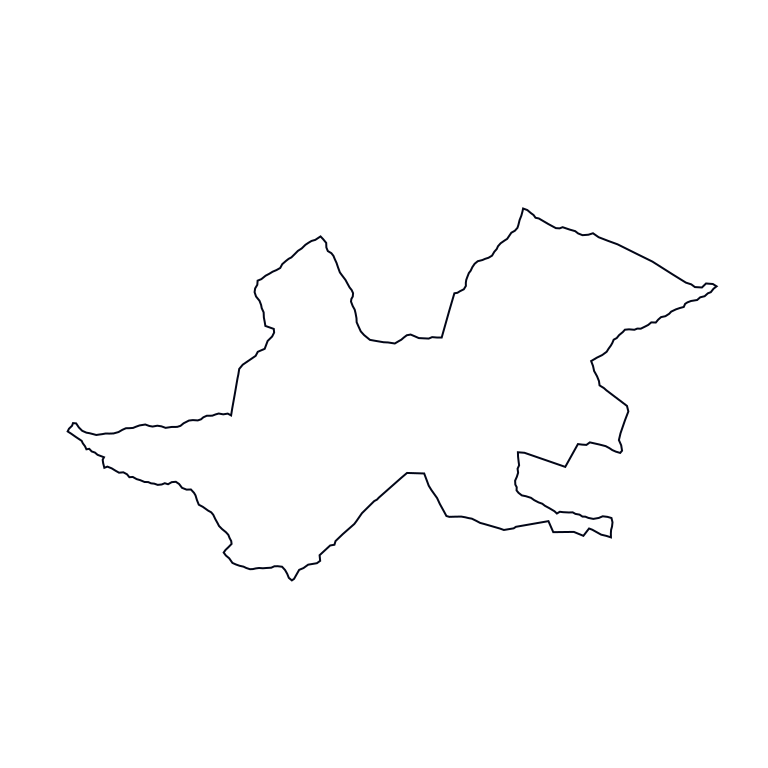 outline of Umuarama, Paraná, Brazil, rotated 114°
{"feature_id": "56859067B70861767862647", "entity_name": "Umuarama", "entity_type": "district", "adm_level": 2, "iso_a3": "BRA", "parent_name": "Brazil", "parent_adm1": "Paraná", "projection": "robinson", "projection_center": [-53.402, -23.707], "detail": "fine", "context": "isolated", "style": "outline", "palette": "ink", "viewbox_px": 768, "rotation_deg": 114, "n_neighbors": 0, "source": "geoboundaries", "source_scale": "gbopen_adm2", "svg_char_len": 5350}
<svg xmlns="http://www.w3.org/2000/svg" viewBox="0 0 768 768"><g transform="rotate(114 384 384)"><path d="M308.4,522.0L311.4,523.6L315.9,525.7L320.2,526.0L323.7,528.6L326.7,531.4L329.9,533.6L333.2,536.2L338.1,538.7L341.0,541.5L344.9,540.1L349.1,540.6L352.7,539.6L356.1,536.5L358.6,531.6L361.8,528.4L364.4,526.6L367.5,523.1L372.1,520.8L375.7,518.3L379.2,516.0L378.5,507.1L381.7,505.3L386.1,505.5L392.0,507.8L400.4,507.3L405.9,512.4L410.5,512.7L423.8,520.9L429.1,522.4L434.7,520.9L438.5,520.1L454.7,516.0L468.1,512.7L474.9,510.9L474.6,514.7L477.1,518.5L478.2,523.0L480.3,525.5L482.8,528.0L485.1,533.0L487.9,535.5L490.7,536.8L493.0,539.3L494.7,543.9L496.7,547.3L501.4,551.1L505.0,552.9L507.3,555.5L509.6,560.5L512.9,565.7L513.2,570.1L514.3,574.1L517.0,578.1L517.8,581.3L518.1,585.6L521.3,590.5L524.0,593.3L526.2,595.4L527.8,598.4L529.4,601.8L532.3,604.4L535.9,607.0L539.2,611.0L540.8,614.3L542.6,618.4L544.4,621.0L546.0,623.6L547.6,626.1L548.1,629.3L548.7,632.9L549.5,636.1L549.5,640.7L547.8,645.1L545.2,649.2L546.2,652.2L549.0,652.0L553.0,653.6L556.0,653.7L556.6,649.7L557.7,644.1L558.9,637.1L560.7,635.0L562.5,631.8L564.7,629.3L563.1,626.9L564.5,623.6L564.2,620.2L565.2,616.9L564.8,610.0L567.6,610.2L570.5,608.4L574.3,605.4L572.0,603.1L571.8,598.5L572.4,594.1L572.8,590.0L570.7,586.2L571.0,582.1L572.7,578.7L571.1,575.7L571.5,571.3L571.0,567.6L570.9,562.9L569.5,559.5L569.5,556.4L568.5,553.4L568.2,549.7L566.2,546.2L563.8,543.9L563.4,540.5L560.0,538.0L558.0,534.4L558.7,530.5L561.0,526.3L560.8,521.4L558.9,517.5L560.7,513.3L562.4,510.9L566.1,507.7L569.6,504.1L569.9,499.6L570.5,496.6L571.2,493.2L571.5,489.7L572.9,486.8L576.0,483.2L579.0,479.2L580.8,477.0L582.4,472.9L583.7,468.1L585.1,464.9L587.7,462.2L589.6,459.7L592.1,458.2L596.2,459.7L600.1,461.3L603.2,461.9L605.0,458.7L606.2,454.5L609.1,449.7L609.1,445.8L608.8,442.0L608.0,438.0L608.1,435.0L607.7,431.1L606.4,428.5L604.6,426.1L602.9,423.3L601.6,419.7L599.7,416.2L597.7,412.3L595.1,410.0L593.7,407.0L592.4,402.8L594.2,398.7L596.8,395.2L599.8,392.1L600.9,388.3L598.6,386.9L594.4,386.5L588.3,385.9L584.9,382.7L579.9,379.8L575.0,372.4L571.5,370.4L566.6,373.2L553.4,367.5L551.0,363.9L547.2,364.4L542.8,362.6L537.9,360.6L524.0,354.2L520.5,353.4L515.7,352.5L511.0,351.6L494.9,345.3L492.5,343.4L489.9,342.5L463.0,330.2L455.9,326.8L449.4,310.9L455.3,305.1L458.7,301.8L461.7,297.4L466.6,289.1L470.8,284.3L475.8,277.7L479.2,273.3L478.8,270.3L476.2,264.9L473.7,259.5L472.7,255.5L472.1,252.2L471.3,249.0L471.5,243.8L471.8,239.7L471.2,236.0L468.9,219.3L468.6,215.1L463.1,206.8L460.8,205.4L442.4,178.0L450.5,169.1L441.9,150.4L441.6,140.1L432.6,137.9L432.4,134.5L433.3,124.3L432.3,119.0L431.8,114.3L428.2,116.0L424.9,117.2L421.5,117.7L417.4,119.0L413.9,121.7L414.5,125.9L415.9,130.4L419.0,133.3L422.1,137.9L423.2,142.8L423.3,146.1L424.4,148.8L423.8,152.2L424.8,156.3L424.5,159.4L426.2,162.9L428.3,168.4L429.2,171.4L432.0,173.4L430.9,176.5L430.2,182.4L429.8,187.5L429.0,190.7L429.3,194.7L429.0,199.6L428.2,203.4L428.8,208.7L429.7,212.8L428.7,216.9L427.3,219.6L424.3,220.8L422.5,223.1L419.0,224.9L414.7,224.9L410.5,225.4L407.1,227.5L403.3,227.5L400.4,229.3L395.8,232.0L391.9,233.9L389.7,227.7L386.0,184.7L360.0,182.4L358.8,178.4L357.3,174.3L353.6,172.2L351.7,162.7L350.6,156.2L350.9,152.0L351.5,148.6L351.5,144.7L350.9,140.2L348.1,139.4L343.5,142.4L339.7,146.6L332.8,147.9L319.1,149.1L309.7,149.6L305.2,153.1L299.3,178.3L298.3,181.4L297.6,186.5L293.9,188.8L290.4,192.4L288.4,195.0L286.7,197.3L282.5,200.4L278.8,204.1L273.3,200.2L268.9,196.5L264.0,193.7L260.4,193.2L256.6,192.4L253.6,192.1L250.1,192.2L247.4,190.1L243.7,189.1L239.5,187.0L236.4,186.0L234.4,182.4L232.6,177.3L230.4,175.2L229.0,171.9L224.9,168.5L222.5,166.6L219.0,164.9L217.3,160.7L213.7,159.7L210.2,158.1L207.6,154.5L203.8,152.0L201.1,151.1L197.1,147.7L194.3,144.7L191.7,141.5L188.3,141.5L186.0,140.0L183.3,137.3L179.9,132.1L176.2,130.4L173.4,126.8L169.4,125.0L167.2,122.8L162.9,121.7L159.5,119.9L158.9,124.3L161.2,130.7L166.5,132.8L169.0,139.4L168.0,143.8L168.6,149.4L166.5,164.8L163.0,188.6L162.7,196.2L162.4,204.1L161.4,227.5L162.1,237.5L162.6,247.6L161.3,254.4L164.5,258.0L167.3,263.2L167.5,267.9L166.6,271.5L167.4,277.1L168.1,284.6L170.4,286.9L171.7,290.4L171.0,299.3L169.8,309.9L170.5,313.2L168.8,316.1L168.1,319.4L166.8,323.8L167.1,328.3L169.9,327.7L174.3,327.0L179.1,326.8L184.1,325.9L187.1,325.6L190.8,326.8L194.0,329.2L198.4,330.0L201.3,330.5L203.7,332.1L208.0,334.7L211.8,335.9L214.8,335.9L218.3,337.0L222.8,337.5L226.2,339.9L228.5,342.5L230.7,344.5L233.7,348.3L237.3,350.1L241.2,350.8L245.3,350.9L248.1,351.6L252.5,351.4L255.5,351.2L258.3,350.4L261.1,349.1L265.0,349.6L268.4,352.4L270.8,354.0L272.5,356.6L290.4,354.2L318.1,350.2L320.1,354.8L321.6,359.1L324.3,361.6L326.2,366.5L327.9,370.9L327.9,374.9L328.0,379.8L330.2,383.0L333.3,384.7L336.5,386.2L338.9,388.0L342.6,390.6L344.4,397.2L346.0,401.3L347.0,405.2L348.1,409.5L349.4,414.8L347.4,422.1L345.4,426.6L341.8,430.7L338.7,434.1L335.1,435.9L331.0,438.7L328.0,441.0L325.5,444.3L322.1,447.7L319.5,448.4L316.8,448.1L313.6,449.2L311.3,451.8L309.8,454.7L307.0,458.4L304.6,461.5L301.5,467.1L300.0,469.7L296.1,473.5L292.7,476.6L289.9,479.8L287.5,482.3L285.9,485.3L285.4,489.4L282.7,492.2L278.6,494.2L276.4,498.6L275.0,502.0L280.3,505.4L282.8,508.4L285.8,510.5L288.8,512.4L293.6,514.3L297.4,516.8L301.4,518.3L306.0,520.1L308.4,522.0Z" fill="none" stroke="#020617" stroke-width="2"/></g></svg>